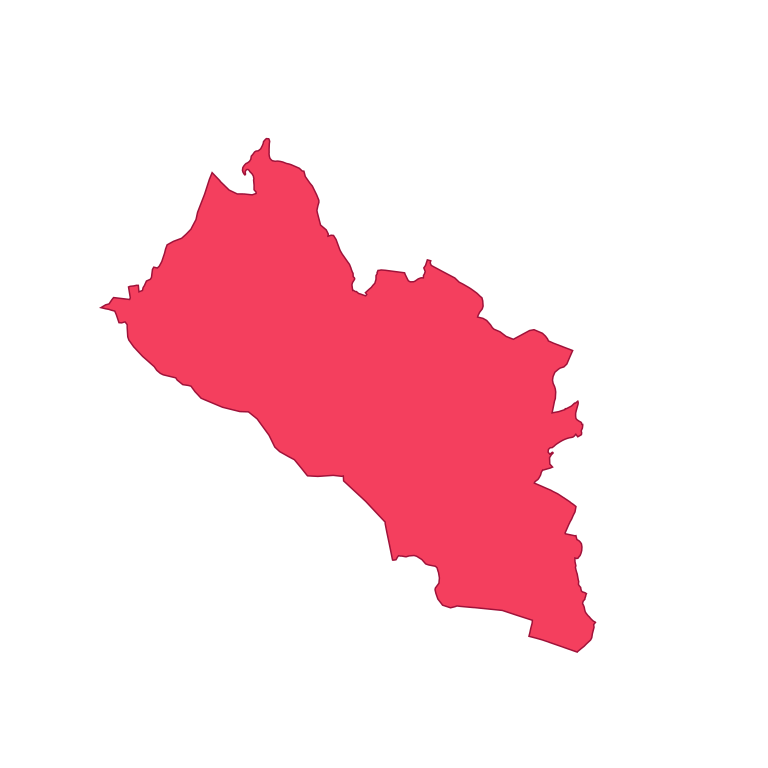 Al Mudhaffar, Ta`izz, Yemen (orthographic projection), rotated 23°
{"feature_id": "15242507B33638153747528", "entity_name": "Al Mudhaffar", "entity_type": "district", "adm_level": 2, "iso_a3": "YEM", "parent_name": "Yemen", "parent_adm1": "Ta`izz", "projection": "orthographic", "projection_center": [43.99, 13.582], "detail": "fine", "context": "isolated", "style": "filled", "palette": "rose", "viewbox_px": 768, "rotation_deg": 23, "n_neighbors": 0, "source": "geoboundaries", "source_scale": "gbopen_adm2", "svg_char_len": 6166}
<svg xmlns="http://www.w3.org/2000/svg" viewBox="0 0 768 768"><g transform="rotate(23 384 384)"><path d="M541.4,558.8L553.5,554.9L554.5,554.5L561.3,552.4L581.3,546.2L596.3,545.0L612.9,543.5L613.8,546.2L614.6,551.7L615.4,555.7L616.0,559.6L623.4,558.5L629.7,557.7L647.5,556.5L666.6,555.3L666.8,554.6L668.8,550.7L670.7,547.2L671.9,544.1L674.2,538.9L674.4,536.4L673.4,532.5L672.4,525.9L671.0,523.5L671.8,520.8L671.2,520.6L669.4,520.5L666.7,519.5L665.6,519.0L663.9,518.1L662.5,517.6L661.5,517.1L659.1,515.7L658.0,514.8L657.6,514.2L656.8,513.2L655.5,511.2L653.7,509.4L652.8,508.8L652.4,507.9L652.2,506.1L653.0,503.6L652.7,502.7L652.5,500.1L652.2,499.3L652.3,497.9L650.7,497.6L649.8,497.7L649.2,497.6L648.2,497.9L646.6,497.4L645.3,495.7L644.5,494.4L642.7,493.5L641.3,492.5L640.8,491.0L640.4,489.7L639.4,488.5L638.7,487.4L636.8,484.5L636.1,483.4L635.0,482.2L633.1,479.8L631.8,477.9L631.7,476.4L629.2,472.9L627.7,469.6L628.9,469.4L629.5,469.4L630.6,468.6L631.1,466.4L631.5,465.4L631.5,463.1L631.1,460.1L629.9,456.7L628.2,454.0L626.9,453.1L626.2,452.7L624.7,452.1L622.3,451.8L621.8,451.1L620.7,449.7L619.9,448.6L619.2,449.1L609.5,451.0L608.9,450.4L609.0,440.8L609.1,439.8L609.1,438.4L609.5,435.1L609.5,431.0L609.8,427.1L608.6,421.8L605.5,420.9L602.0,420.2L601.4,419.9L586.8,417.2L581.6,416.9L579.0,416.6L574.6,416.6L568.0,416.5L561.1,416.5L561.0,415.7L561.3,414.6L562.6,412.4L563.0,411.7L563.4,409.8L563.5,408.7L563.7,406.8L563.5,405.0L563.3,404.2L563.4,402.8L563.7,401.1L564.2,401.0L564.8,400.5L570.0,396.3L571.6,394.6L567.9,392.9L565.2,387.2L565.3,386.4L565.7,383.7L566.6,381.6L566.3,381.1L565.6,381.1L564.7,382.8L564.0,383.8L561.7,382.6L560.9,380.0L561.3,379.0L561.9,377.7L563.6,376.9L564.7,375.1L565.6,373.1L566.4,371.7L568.7,368.3L570.3,366.2L572.0,364.3L573.9,362.5L575.6,361.1L577.2,360.1L578.6,359.1L579.6,357.4L580.2,355.3L583.0,356.9L585.1,354.1L585.5,353.5L585.4,352.9L585.1,352.0L584.9,351.5L584.4,350.9L583.9,350.1L583.8,349.3L583.9,347.4L583.7,346.5L583.2,344.7L582.7,343.6L582.1,343.9L581.6,343.6L581.2,342.8L580.2,342.2L578.2,342.0L576.0,341.6L574.2,340.8L572.9,338.6L571.8,335.9L571.4,333.5L570.5,326.7L570.1,325.4L569.6,324.6L569.1,324.1L567.6,326.9L566.9,327.1L565.2,331.0L561.5,335.5L560.5,335.9L560.5,336.9L555.6,341.2L550.0,344.9L549.2,340.8L547.6,333.0L547.4,330.5L545.2,324.3L543.6,321.6L542.1,319.8L539.4,317.3L537.6,314.6L536.7,311.1L536.7,306.4L538.8,302.2L540.0,300.4L542.9,298.0L544.5,294.2L544.5,286.2L544.6,279.5L524.3,280.2L518.5,280.1L516.9,278.6L514.0,276.9L510.0,275.4L500.9,275.4L497.1,277.9L485.6,292.3L477.8,292.5L470.4,290.6L463.9,290.6L461.7,289.8L458.9,287.9L453.7,285.4L449.5,284.9L444.0,285.8L443.8,284.3L444.0,280.7L445.1,276.5L444.8,273.6L442.4,268.9L440.5,266.4L437.6,265.5L435.9,264.8L434.0,264.1L429.8,263.1L426.6,262.4L424.1,262.0L417.6,261.2L413.4,260.9L407.7,258.7L406.1,258.6L394.2,257.6L387.8,257.0L385.4,256.8L381.2,256.4L379.2,254.5L378.9,252.3L375.4,252.8L375.9,258.6L375.3,261.6L378.0,264.4L378.2,267.3L377.9,268.5L378.8,270.9L376.6,271.8L375.0,273.3L374.4,273.9L372.5,277.0L371.3,278.3L368.3,279.7L366.2,279.5L365.6,279.1L363.7,277.5L360.8,275.0L359.5,273.6L340.8,278.8L336.7,280.2L335.8,280.9L334.1,281.8L334.1,284.2L334.6,285.0L334.3,287.3L335.7,290.7L335.8,291.4L336.2,294.8L335.2,297.6L334.6,300.0L333.1,303.0L331.2,307.2L332.1,307.6L333.2,308.4L332.7,310.0L332.1,310.1L326.7,310.4L325.3,310.6L322.5,309.7L321.5,310.1L320.6,310.0L319.1,309.7L318.6,310.1L315.7,305.2L315.4,303.0L316.0,299.2L315.8,298.4L315.3,297.9L313.7,297.2L312.2,294.1L311.4,293.6L308.8,290.9L308.4,290.3L305.4,287.3L303.2,286.0L296.0,281.5L295.1,281.0L291.9,278.6L290.7,277.5L283.4,269.7L279.5,267.0L277.2,267.7L274.7,269.8L274.5,269.1L274.1,267.7L270.6,264.7L263.5,262.5L257.9,255.2L255.6,252.2L254.4,250.4L253.5,245.7L253.1,242.2L252.2,240.3L248.1,236.2L240.7,229.8L237.4,228.1L235.3,226.8L230.5,223.8L227.1,219.4L225.5,219.9L221.8,218.5L212.9,218.4L210.6,218.6L208.1,219.1L204.2,219.2L201.7,219.6L199.1,220.3L197.5,221.1L196.9,221.5L193.9,222.1L192.8,221.8L190.9,220.9L189.5,219.2L188.2,217.0L188.0,216.2L186.5,212.8L184.5,207.5L184.0,205.4L183.0,204.1L182.1,203.3L179.8,204.1L179.1,205.7L178.4,207.9L178.8,209.7L178.9,211.8L178.6,215.8L177.1,218.5L175.2,219.6L174.2,221.0L173.5,224.1L172.8,226.1L173.6,229.3L173.2,231.5L172.8,232.3L172.0,233.7L170.8,235.0L170.2,236.5L169.7,238.4L169.5,240.0L170.2,242.6L171.4,244.1L173.1,245.4L174.2,245.9L174.6,245.4L174.2,244.3L173.3,243.0L173.4,241.4L173.8,240.3L174.7,239.8L175.4,239.7L176.6,240.2L177.5,240.9L180.4,242.1L182.5,243.6L182.9,244.3L184.1,246.0L184.2,247.1L186.7,251.7L188.5,256.0L191.2,257.3L191.8,258.6L188.7,261.4L180.9,263.8L177.0,265.4L174.7,266.4L165.7,266.0L154.1,261.5L153.5,261.0L143.2,256.6L143.3,263.8L144.7,279.4L145.3,298.7L146.7,306.1L146.0,314.1L145.8,317.0L143.3,323.5L140.8,328.9L134.4,335.0L130.0,340.6L130.2,345.1L130.9,349.3L131.6,358.1L131.1,363.4L130.0,365.8L126.4,366.4L126.1,369.0L128.3,376.7L128.0,378.9L125.1,382.0L125.0,385.5L125.0,387.0L124.6,389.3L125.1,392.3L122.4,394.9L119.3,389.2L117.7,389.8L115.3,391.5L112.1,393.3L110.9,394.5L116.8,403.8L116.8,405.6L101.3,410.1L100.6,412.6L99.6,417.7L96.8,419.9L93.6,424.3L98.5,423.5L101.5,422.8L104.1,422.6L107.7,422.1L110.6,424.9L116.1,431.1L118.7,430.2L121.3,428.0L124.4,429.7L125.6,432.5L129.7,440.7L131.9,443.2L139.1,447.6L151.0,452.9L165.7,457.8L169.5,460.2L173.9,461.6L177.2,461.8L189.9,459.7L192.1,461.2L199.0,463.2L204.4,461.8L207.2,461.4L213.0,464.9L221.3,468.6L244.4,468.5L262.1,465.7L270.1,462.6L280.9,465.7L298.2,476.1L308.1,484.7L314.4,487.0L324.2,488.1L331.1,488.7L340.9,493.8L348.8,498.1L349.5,498.4L359.2,494.9L373.0,487.9L381.1,485.5L382.5,484.6L384.7,489.0L389.2,490.6L413.0,499.2L427.9,505.8L439.1,510.7L439.6,512.0L444.3,519.0L451.4,529.2L460.3,542.2L460.7,542.7L461.8,542.3L463.7,541.1L464.1,537.8L464.5,536.4L466.5,535.9L467.7,535.4L470.9,534.7L471.9,534.4L474.3,532.4L478.7,530.1L481.4,529.8L487.5,530.8L492.6,533.3L493.4,533.3L495.9,533.1L502.5,531.7L504.6,532.4L507.3,535.7L507.7,536.0L510.8,540.9L512.4,545.9L511.0,551.8L511.4,553.5L513.6,556.5L517.6,560.9L523.0,563.9L524.3,564.7L532.7,564.0L536.4,561.2L537.9,559.8L541.4,558.8Z" fill="#f43f5e" stroke="#9f1239" stroke-width="1.5"/></g></svg>